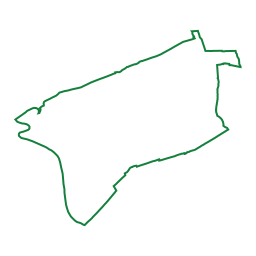 Fauresti, Vâlcea, Romania (Albers equal-area conic projection)
{"feature_id": "2599482B59878510714092", "entity_name": "Fauresti", "entity_type": "district", "adm_level": 2, "iso_a3": "ROU", "parent_name": "Romania", "parent_adm1": "Vâlcea", "projection": "albers", "projection_center": [24.027, 44.573], "detail": "fine", "context": "isolated", "style": "outline", "palette": "green", "viewbox_px": 256, "rotation_deg": 0, "n_neighbors": 0, "source": "geoboundaries", "source_scale": "gbopen_adm2", "svg_char_len": 5572}
<svg xmlns="http://www.w3.org/2000/svg" viewBox="0 0 256 256"><path d="M228.2,129.6L227.4,128.4L227.1,127.9L225.0,127.0L224.7,126.7L223.9,126.2L223.4,125.8L223.4,125.6L223.5,124.6L223.3,123.4L223.0,121.9L222.8,121.4L222.4,120.9L222.1,119.9L221.3,118.9L220.2,117.7L219.7,117.4L219.1,116.8L217.7,116.0L217.4,115.9L217.2,115.4L217.0,114.5L216.5,113.1L216.3,112.4L216.2,112.1L216.2,111.4L216.0,111.0L216.0,110.8L216.1,110.5L216.2,110.0L216.2,109.8L216.0,109.5L216.2,108.4L216.3,107.1L216.3,106.7L216.4,106.1L216.5,105.8L216.6,105.0L216.7,104.4L216.9,104.1L216.9,103.8L216.8,103.5L216.9,103.2L217.0,102.5L217.2,101.8L217.3,100.3L217.5,99.6L217.6,99.3L217.5,98.9L217.6,98.0L217.7,97.5L217.6,96.7L217.5,96.0L217.6,95.2L217.7,94.6L217.6,94.0L217.5,93.1L217.5,90.7L217.4,89.4L217.6,88.5L218.3,86.3L218.4,85.9L218.5,85.1L218.4,84.6L218.3,84.3L218.7,82.1L218.6,81.3L218.0,78.6L217.9,78.3L217.7,78.1L218.0,77.8L217.1,65.0L217.9,64.9L219.4,64.6L219.8,64.7L220.9,64.5L221.6,64.2L223.0,63.7L223.2,64.0L223.3,64.1L223.6,64.0L223.7,63.9L223.7,63.6L223.9,63.4L224.5,63.4L225.6,63.4L225.8,63.6L226.1,63.6L226.7,63.6L227.2,63.6L228.1,63.8L228.8,63.9L229.1,63.9L229.3,63.9L229.4,64.0L229.5,64.4L229.3,64.5L229.5,64.7L229.5,65.1L230.9,65.1L240.6,67.1L240.6,66.7L240.2,65.8L239.8,65.1L239.3,64.1L239.2,63.3L239.2,62.2L239.2,61.5L239.0,60.6L238.9,59.6L238.6,58.7L238.4,58.2L237.8,57.5L237.3,56.5L237.1,55.7L236.8,54.1L236.6,53.7L236.2,53.2L235.9,52.7L235.6,50.9L225.6,51.1L225.2,51.1L224.6,51.3L224.1,51.3L222.6,51.3L222.0,51.2L221.8,51.1L221.8,50.8L218.8,50.8L217.0,50.9L215.3,50.9L213.3,50.9L211.5,51.0L205.4,50.9L204.4,47.6L203.3,44.3L203.1,43.8L201.9,40.0L201.6,39.2L200.5,38.1L199.9,37.3L199.6,36.6L199.3,35.1L198.9,33.8L198.0,31.5L197.9,30.9L191.9,31.3L192.2,31.7L192.4,32.3L192.4,32.6L192.3,33.2L192.4,33.8L192.6,34.3L192.7,34.6L192.8,34.8L193.1,35.1L193.2,35.3L193.3,35.5L193.5,35.8L193.9,36.2L194.0,36.4L193.8,36.5L193.5,36.7L193.4,36.8L193.3,37.1L193.4,37.3L193.5,37.5L193.9,37.6L194.1,37.7L194.4,38.0L194.7,38.4L192.2,39.3L183.0,41.9L181.8,42.6L180.2,43.5L178.7,44.3L176.6,45.5L175.1,46.3L173.4,47.3L170.7,48.9L163.5,52.8L160.9,54.3L159.2,55.0L157.9,55.6L155.5,56.5L152.9,57.3L150.2,58.2L146.7,59.5L143.4,60.6L142.3,61.0L141.8,61.0L140.9,61.3L139.9,61.6L139.5,61.8L139.2,62.1L138.8,62.6L138.5,62.8L137.7,63.3L136.7,63.9L136.0,64.0L135.8,64.2L134.3,64.4L133.3,64.7L132.2,65.2L131.5,65.4L130.4,65.8L128.7,66.5L128.3,66.8L128.0,66.9L127.1,66.9L126.9,67.0L126.0,67.8L124.8,68.7L124.1,69.1L123.1,69.6L122.2,70.1L121.2,71.1L120.2,71.8L119.6,72.1L119.0,72.2L117.8,72.1L116.8,72.1L115.2,72.4L115.4,73.1L115.2,73.3L113.1,73.9L112.3,74.3L108.1,76.0L103.0,77.9L101.0,78.6L99.1,79.3L91.4,82.3L87.5,84.2L85.8,85.0L80.8,87.4L76.2,88.5L75.9,88.5L73.7,89.0L71.5,89.5L68.0,90.5L64.6,91.1L62.6,91.7L60.2,92.4L59.4,92.6L59.0,93.0L58.7,93.4L58.2,93.9L57.8,94.3L57.2,94.8L56.7,95.2L56.1,95.7L55.5,96.0L54.8,96.3L53.9,96.8L52.5,97.4L51.4,98.0L49.9,98.8L47.4,100.0L45.1,101.1L44.3,101.7L44.1,101.9L43.9,102.2L43.8,102.6L43.8,102.8L43.7,103.3L43.6,103.5L43.6,103.9L43.7,104.1L43.8,104.3L43.8,104.5L43.8,105.6L41.9,106.4L41.2,106.9L39.9,108.1L40.0,108.2L40.5,109.1L40.5,110.0L40.2,111.2L39.7,112.0L39.4,113.0L38.5,113.2L38.7,112.8L38.8,112.2L38.8,111.5L38.8,111.0L38.8,110.5L38.6,110.0L38.2,109.5L38.0,109.1L37.6,108.9L37.0,108.5L36.5,108.2L35.9,108.0L35.3,108.0L34.7,107.9L33.8,108.0L33.2,108.1L32.4,108.4L30.6,109.2L29.1,110.0L28.1,110.4L27.3,110.8L26.7,111.3L26.1,111.9L25.4,112.5L15.4,119.5L17.2,121.7L19.4,122.6L21.9,123.4L24.6,123.7L26.6,124.2L28.7,125.5L29.5,126.7L29.4,128.7L28.3,129.8L26.3,130.6L23.2,131.7L21.5,132.1L19.7,132.7L19.0,133.7L18.8,134.8L19.2,136.2L21.4,138.0L27.0,139.3L32.4,141.2L39.9,144.5L45.1,146.8L47.0,147.8L47.6,148.2L49.1,149.3L51.3,150.3L53.9,152.3L56.3,154.7L57.0,155.4L57.4,155.9L57.9,156.6L58.3,157.3L59.0,158.6L59.2,159.2L59.7,161.0L60.0,161.8L60.8,165.5L61.2,167.6L62.6,173.4L63.2,180.0L63.5,184.0L64.4,188.9L64.5,192.9L65.1,197.6L66.0,204.4L66.7,207.2L68.2,211.9L70.8,216.4L73.0,218.7L75.2,220.8L77.0,222.0L80.7,223.1L83.4,224.7L84.7,225.1L85.3,224.4L86.2,223.5L87.4,222.3L88.2,221.5L89.3,220.6L90.5,219.5L91.8,218.3L92.7,217.2L96.7,213.1L98.1,211.6L98.8,210.8L100.1,209.4L103.1,206.2L104.5,204.5L105.9,203.1L108.0,200.7L109.7,198.6L113.9,193.6L115.1,192.2L115.6,191.4L115.9,191.0L116.0,190.9L116.3,190.7L116.2,190.4L113.7,186.1L115.3,184.7L115.8,184.3L117.7,182.4L122.2,178.0L125.3,175.2L125.2,174.7L125.1,174.2L124.8,173.4L125.5,173.0L126.2,172.6L126.5,172.5L126.9,172.3L128.1,170.9L128.5,170.4L129.8,168.3L130.2,167.9L130.8,167.5L131.4,167.2L132.1,167.0L132.3,167.0L132.4,166.8L132.6,166.7L134.4,166.0L136.5,165.7L136.7,166.1L136.9,166.7L139.0,165.9L142.1,164.9L143.4,164.5L146.5,163.5L152.7,161.3L154.2,161.0L155.3,160.7L157.2,160.0L159.2,159.3L159.5,159.9L159.5,160.2L159.5,160.3L159.4,160.6L159.6,160.6L163.0,159.6L166.6,158.5L171.8,157.0L174.7,156.2L177.0,155.2L179.5,154.4L180.5,154.1L181.4,153.8L181.7,153.7L182.5,153.7L183.1,153.6L183.7,153.3L184.2,153.1L184.3,153.1L184.4,153.3L184.4,153.7L184.4,153.8L184.6,153.9L184.7,154.0L184.8,154.0L185.0,153.9L185.2,153.7L185.2,153.4L185.3,153.3L185.9,153.4L186.0,153.4L186.3,153.2L186.5,153.1L186.7,152.8L186.7,152.5L186.8,152.4L187.1,152.3L187.3,152.2L187.6,152.1L188.8,152.0L189.1,151.8L189.7,151.4L190.1,151.3L190.8,151.0L191.4,150.8L193.6,150.2L194.1,150.1L194.9,149.8L195.5,149.5L196.0,149.2L198.4,147.7L199.3,147.2L199.7,147.0L200.6,146.4L201.4,145.8L203.5,144.7L205.0,143.7L208.7,141.6L214.9,137.9L217.2,136.4L224.9,131.6L226.9,130.3L227.2,130.2L228.2,129.6Z" fill="none" stroke="#15803d" stroke-width="2"/></svg>